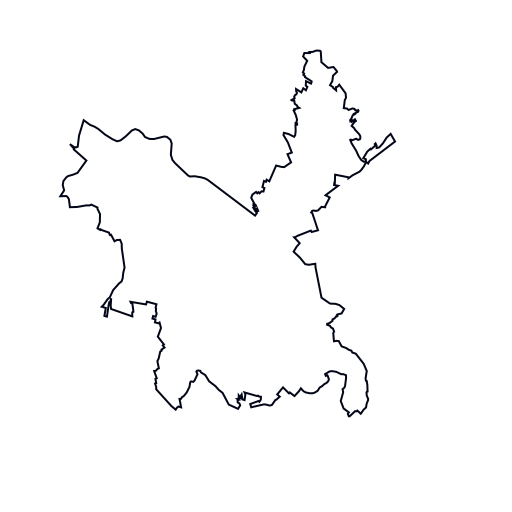 Targu Mures, Mures, Romania, rotated 72°
{"feature_id": "2599482B75389931397791", "entity_name": "Targu Mures", "entity_type": "district", "adm_level": 2, "iso_a3": "ROU", "parent_name": "Romania", "parent_adm1": "Mures", "projection": "equal_earth", "projection_center": [24.558, 46.548], "detail": "fine", "context": "isolated", "style": "outline", "palette": "ink", "viewbox_px": 512, "rotation_deg": 72, "n_neighbors": 0, "source": "geoboundaries", "source_scale": "gbopen_adm2", "svg_char_len": 6130}
<svg xmlns="http://www.w3.org/2000/svg" viewBox="0 0 512 512"><g transform="rotate(72 256 256)"><path d="M393.2,317.2L391.1,317.3L389.6,318.6L387.1,318.0L387.3,317.2L386.1,318.0L386.3,316.5L383.3,315.5L385.6,314.7L386.7,315.0L386.8,314.5L384.2,313.5L383.3,312.5L388.2,313.2L389.5,311.4L384.4,308.9L382.2,309.1L389.5,298.3L389.4,297.3L390.6,296.5L391.4,294.8L394.1,295.8L395.7,297.9L394.7,298.4L395.0,307.2L398.4,307.3L399.5,294.9L400.0,293.1L402.5,289.1L402.6,286.9L398.9,282.0L398.9,281.0L397.1,276.9L394.2,278.6L389.3,270.9L396.8,267.1L396.2,266.0L401.1,262.7L397.8,256.8L395.7,254.2L399.2,252.7L401.1,250.9L403.1,247.4L404.0,244.6L404.1,242.5L403.3,239.1L400.8,236.1L400.2,233.4L399.0,230.8L398.5,228.1L397.3,225.9L395.8,224.8L392.4,224.8L391.5,225.0L391.6,226.6L389.7,226.8L388.5,221.7L389.0,219.2L391.0,215.4L394.8,211.4L395.3,209.6L397.1,207.3L399.8,208.0L407.0,211.4L408.6,212.7L409.4,214.8L412.5,215.2L420.1,220.2L428.1,219.8L433.4,216.0L434.4,217.4L437.1,217.3L437.4,216.5L434.2,209.7L434.8,208.4L434.3,207.4L438.4,205.1L435.3,201.0L434.1,198.2L430.5,196.3L427.8,194.0L426.5,193.5L423.2,193.8L420.2,193.2L419.4,192.6L419.4,191.8L413.2,190.0L409.2,189.3L408.7,190.0L406.2,189.6L399.6,186.2L391.8,186.9L379.7,191.3L377.6,194.2L375.4,194.6L374.2,196.4L371.3,198.8L368.4,202.5L362.5,203.6L361.6,205.6L361.2,208.2L353.3,206.4L352.0,205.1L348.8,205.2L347.1,206.8L345.3,207.2L343.4,209.6L342.5,209.3L342.5,206.9L341.3,203.3L339.9,202.8L339.7,200.8L338.6,199.0L338.4,197.2L337.6,196.8L337.2,197.3L336.7,196.6L337.1,192.4L333.6,188.5L328.5,191.8L326.1,195.1L324.2,200.1L323.5,200.8L315.9,206.6L285.2,202.9L281.7,202.0L280.7,208.4L279.0,211.7L271.2,214.7L263.5,218.9L259.8,214.6L257.3,210.5L250.0,213.9L250.2,212.9L249.6,209.9L248.8,196.0L250.4,195.6L250.7,189.1L232.6,189.2L231.7,190.0L230.6,188.9L230.4,187.6L231.7,184.9L231.8,182.9L229.5,178.5L231.0,175.2L229.7,174.5L223.1,167.8L219.7,171.1L214.6,156.2L212.6,159.8L210.7,158.9L211.0,158.5L203.1,155.6L209.7,143.8L210.7,144.1L209.1,139.3L207.8,131.6L206.9,129.6L204.2,125.8L201.6,123.1L200.2,122.3L202.7,120.8L200.7,118.7L190.1,88.4L181.5,90.2L183.7,95.1L188.1,100.5L190.8,105.3L190.6,107.9L188.5,107.2L185.8,107.5L186.3,108.5L187.9,108.4L190.1,113.7L189.4,114.0L191.1,117.9L196.1,123.7L198.0,121.6L200.0,122.3L199.7,124.3L197.3,126.2L192.9,127.5L187.0,128.2L178.1,130.3L174.7,130.5L174.6,129.9L175.6,128.9L175.4,124.5L177.1,123.1L177.1,121.2L176.1,120.3L174.1,119.8L172.1,120.2L166.5,122.8L164.8,123.1L161.8,124.8L159.2,121.4L158.4,119.2L156.5,119.7L157.8,123.2L156.7,123.0L157.1,124.6L155.9,124.5L154.6,122.7L152.0,120.5L151.8,119.1L151.1,119.1L150.9,118.0L151.4,117.5L150.5,116.7L150.5,114.6L149.5,113.6L148.9,113.8L149.2,114.2L148.0,116.6L146.6,116.8L145.5,118.6L145.7,122.8L143.8,124.0L142.5,126.8L135.2,123.4L133.3,121.5L129.0,120.5L118.8,123.9L120.2,126.0L120.1,127.8L123.2,128.6L119.9,130.7L119.1,130.6L116.4,132.8L113.3,129.4L108.3,127.0L105.9,122.0L104.8,122.1L100.2,123.9L99.4,129.3L91.9,133.9L81.5,131.2L80.6,131.7L79.6,134.1L79.2,135.5L79.4,139.1L78.7,141.5L79.2,141.2L79.7,141.9L77.9,147.3L80.8,149.5L86.2,147.0L90.7,151.4L93.9,153.0L95.9,154.7L97.4,153.8L98.4,155.0L100.3,153.7L101.1,154.1L107.1,149.1L108.8,150.1L109.1,150.4L105.2,154.4L109.3,156.0L111.0,154.9L113.8,157.3L111.1,159.2L114.4,162.3L109.6,166.3L111.8,166.9L113.4,166.6L114.8,167.7L114.9,168.8L116.1,170.4L117.9,170.5L118.7,174.1L119.3,173.7L120.0,171.6L123.2,172.1L125.5,170.5L126.9,170.4L128.5,169.1L128.2,174.3L129.2,174.2L129.3,175.2L134.1,174.6L138.9,174.8L141.1,176.0L141.7,177.3L142.2,177.2L142.8,176.0L143.8,176.3L143.4,177.9L149.5,179.7L153.2,181.4L154.4,182.9L150.1,187.3L147.5,191.4L149.5,192.5L157.8,190.6L168.7,190.0L168.9,194.6L177.8,193.7L180.2,201.7L179.1,204.3L176.2,208.9L189.1,220.3L186.7,222.3L188.5,223.6L187.1,225.2L192.5,228.6L194.0,227.0L197.0,229.0L196.2,230.7L197.5,233.2L196.1,233.9L196.8,235.4L195.1,236.1L196.4,240.3L199.2,242.6L205.1,241.5L205.3,242.0L206.5,241.7L206.8,242.9L207.4,242.7L207.1,240.7L208.5,240.4L209.1,243.7L211.3,243.2L211.0,242.3L211.5,242.2L211.0,240.2L212.3,240.1L213.0,242.8L213.8,242.5L213.2,240.2L213.8,240.0L214.5,242.3L215.5,242.0L217.3,244.4L168.8,278.3L166.4,280.6L164.1,284.1L161.2,289.7L160.0,294.2L158.4,295.8L142.3,304.5L138.7,305.8L133.4,305.7L122.9,301.4L119.0,301.5L115.2,303.9L114.0,306.3L113.2,317.0L111.7,321.2L108.5,324.8L104.5,326.0L100.3,328.6L98.0,331.6L98.2,335.1L102.0,343.0L104.2,349.2L104.0,352.6L100.6,356.4L93.9,362.0L86.5,366.7L83.3,369.4L80.0,373.3L73.6,377.9L86.8,387.1L97.0,391.8L97.1,393.5L96.1,395.5L92.1,398.4L97.9,395.8L98.4,396.3L112.8,387.8L121.8,400.1L122.1,404.7L121.9,410.1L122.6,412.1L125.2,416.0L128.9,417.9L134.3,418.2L138.7,423.6L140.4,417.8L141.7,417.0L144.1,416.4L152.1,417.9L154.1,410.9L155.4,401.8L156.5,398.6L156.2,396.8L160.9,391.8L162.1,392.2L167.9,391.4L175.7,394.1L180.7,398.2L183.0,396.2L182.5,395.7L183.9,394.4L188.3,388.6L190.8,388.5L191.1,388.3L191.0,387.3L198.3,386.0L197.8,383.5L198.6,380.3L202.7,379.9L207.4,381.3L226.4,384.6L230.9,387.4L236.2,389.8L238.7,391.8L239.7,394.6L244.2,402.3L250.1,407.8L251.2,410.5L255.3,415.9L256.6,418.4L259.0,414.9L266.1,418.7L267.6,416.5L256.7,411.1L254.8,409.9L255.3,409.4L255.1,409.2L251.5,406.8L258.2,409.5L261.6,410.2L275.2,392.3L271.8,391.3L271.2,390.8L271.2,389.9L270.2,389.6L263.1,388.3L262.3,388.5L262.2,389.3L260.8,389.5L268.1,375.5L265.7,373.9L271.1,365.6L274.3,367.5L275.1,367.3L277.5,368.3L279.5,368.2L280.7,368.7L282.8,370.3L281.3,372.4L283.5,373.8L285.3,371.2L287.9,372.6L290.0,369.4L289.5,368.3L295.1,368.6L302.4,374.3L311.7,370.9L312.2,372.3L314.8,371.3L315.8,374.8L316.9,375.0L317.3,376.6L323.5,380.3L325.5,382.3L332.8,383.1L333.1,385.0L334.2,386.6L333.9,388.4L341.6,388.2L341.8,389.6L346.1,390.2L346.1,391.4L349.7,391.4L351.9,392.1L372.4,382.9L377.3,379.9L375.8,378.0L375.2,376.3L376.8,374.0L368.3,372.9L368.7,371.6L367.4,370.0L366.9,368.0L364.4,364.1L359.9,359.7L355.8,357.6L355.2,356.5L356.3,354.6L355.5,353.0L350.4,348.2L347.5,348.4L346.9,347.5L347.0,346.4L348.0,344.5L349.6,344.4L353.6,341.0L360.7,339.3L367.2,334.8L371.8,332.8L375.8,330.1L388.9,327.8L395.8,320.3L393.2,317.2Z" fill="none" stroke="#020617" stroke-width="2"/></g></svg>